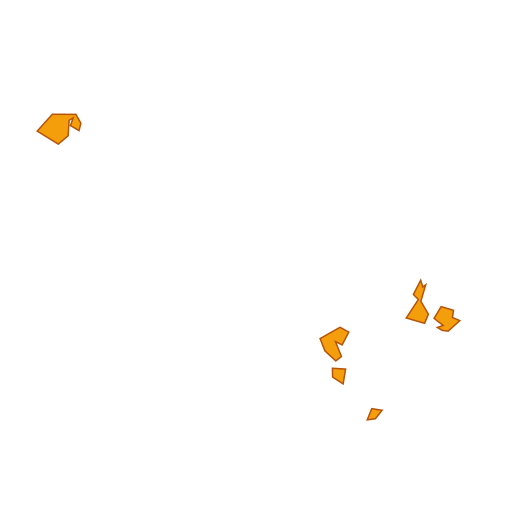 an SVG outline of Kepulauan Riau, rotated 256°
{"feature_id": "IDN-1796", "entity_name": "Kepulauan Riau", "entity_type": "Province", "adm_level": 1, "iso_a3": "IDN", "parent_name": "Indonesia", "parent_adm1": "", "projection": "albers", "projection_center": [105.285, 2.055], "detail": "coarse", "context": "isolated", "style": "filled", "palette": "amber", "viewbox_px": 512, "rotation_deg": 256, "n_neighbors": 0, "source": "natural_earth", "source_scale": "10m", "svg_char_len": 767}
<svg xmlns="http://www.w3.org/2000/svg" viewBox="0 0 512 512"><g transform="rotate(256 256 256)"><path d="M442.8,92.7L437.0,115.5L427.2,118.2L420.5,114.6L427.4,107.5L434.2,112.0L432.9,107.5L418.1,102.8L412.4,91.2L430.1,73.9L442.8,92.7ZM160.4,298.2L166.5,320.3L159.7,327.6L148.9,318.1L153.7,312.4L137.8,314.6L134.9,308.0L147.3,299.9L160.4,298.2ZM180.6,399.4L192.6,409.9L185.6,410.4L187.0,413.7L172.2,405.0L157.8,409.2L149.9,403.3L159.5,386.8L174.5,403.0L180.6,399.4ZM152.4,413.7L162.1,423.4L155.5,434.5L148.8,431.7L144.0,438.1L136.6,424.3L138.7,418.8L142.8,414.7L143.3,420.8L152.4,413.7ZM128.6,303.0L124.6,315.6L110.8,309.6L120.0,301.0L128.6,303.0ZM79.9,331.4L75.8,341.0L69.2,332.4L70.1,324.3L79.9,331.4Z" fill="#f59e0b" stroke="#b45309" stroke-width="1.5"/></g></svg>